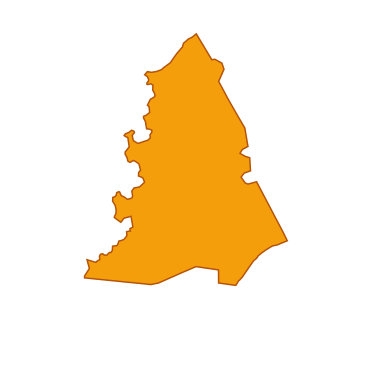 outline of Niamina West, Central River, Gambia, rotated 125°
{"feature_id": "56634734B81557661921178", "entity_name": "Niamina West", "entity_type": "district", "adm_level": 2, "iso_a3": "GMB", "parent_name": "Gambia", "parent_adm1": "Central River", "projection": "orthographic", "projection_center": [-15.252, 13.578], "detail": "fine", "context": "isolated", "style": "filled", "palette": "amber", "viewbox_px": 384, "rotation_deg": 125, "n_neighbors": 0, "source": "geoboundaries", "source_scale": "gbopen_adm2", "svg_char_len": 2826}
<svg xmlns="http://www.w3.org/2000/svg" viewBox="0 0 384 384"><g transform="rotate(125 192 192)"><path d="M307.4,238.2L307.7,239.1L313.5,232.2L322.4,231.8L324.0,230.8L313.3,211.7L301.3,190.3L297.7,183.9L294.7,178.6L294.3,177.9L291.6,172.9L291.5,172.7L289.7,171.0L285.7,167.2L264.5,154.4L250.9,146.0L249.6,143.5L240.6,125.6L251.3,118.0L243.4,102.6L243.6,102.5L243.4,102.5L237.8,102.9L237.0,102.5L232.9,102.0L220.7,102.1L213.1,102.1L209.7,101.2L208.0,101.0L206.3,101.2L201.8,99.9L196.9,98.2L193.5,96.7L190.1,95.2L186.2,91.6L183.7,90.1L177.5,86.1L177.3,86.0L172.8,94.1L147.4,143.4L147.2,143.9L146.6,144.9L147.1,145.4L147.6,145.8L150.1,147.9L153.4,150.7L154.1,153.5L152.7,157.5L151.7,160.3L146.6,160.1L141.1,156.2L141.0,156.3L130.8,164.4L132.3,168.9L132.7,173.7L132.7,173.8L132.8,174.9L129.1,175.1L128.6,175.1L128.3,175.1L122.5,172.3L122.4,172.5L109.3,185.4L103.4,198.3L100.7,204.0L96.7,212.5L95.9,214.2L93.4,219.2L91.3,223.3L86.4,233.1L86.1,233.6L73.1,236.2L69.5,241.2L69.3,241.4L70.2,249.5L72.3,251.7L71.6,253.2L60.0,279.2L60.7,279.4L65.1,280.7L68.9,282.8L71.0,283.2L75.1,284.3L76.0,283.9L78.7,283.0L80.4,283.2L87.5,283.9L95.0,283.9L98.6,283.9L105.4,286.2L107.3,286.8L109.2,287.1L113.5,290.1L115.2,291.8L117.1,293.7L117.8,295.0L118.5,296.6L119.0,297.6L119.3,297.6L123.1,298.0L123.1,294.6L124.8,292.0L126.3,291.3L128.4,291.5L129.5,290.9L129.3,289.8L127.3,288.1L126.9,287.0L126.9,285.3L131.2,282.5L131.6,281.5L132.7,279.3L133.5,278.4L134.6,277.4L135.0,277.4L136.5,277.6L139.9,279.3L146.5,278.3L146.7,276.2L147.8,275.2L151.2,272.3L155.5,273.6L157.8,275.1L159.1,274.2L159.8,272.9L161.0,270.6L166.3,265.4L165.1,263.3L164.4,260.3L166.3,259.2L169.3,259.2L171.5,257.3L172.3,257.3L174.9,257.9L183.2,264.1L183.6,269.5L180.0,273.4L179.2,273.4L178.1,273.4L176.6,273.1L175.5,274.4L176.0,276.8L179.8,278.1L182.6,280.0L184.7,280.0L184.7,279.3L184.7,278.5L184.3,275.7L191.1,269.3L197.5,269.7L199.1,268.6L199.4,268.4L200.9,265.2L203.5,262.2L203.4,260.2L202.4,259.2L200.0,258.3L199.4,256.2L199.4,251.7L203.6,246.7L206.6,246.9L209.6,245.0L208.8,241.8L208.8,240.1L211.1,236.6L212.0,236.6L217.9,237.9L222.0,241.8L225.8,241.8L229.4,238.3L230.9,237.9L231.6,237.9L235.0,240.5L235.0,245.0L235.4,246.9L235.4,248.2L233.5,251.2L233.7,252.1L235.6,253.3L236.7,252.9L238.6,252.1L240.5,252.7L241.8,253.8L245.0,251.8L246.7,248.0L247.2,247.1L249.7,244.3L253.1,242.0L255.3,241.7L257.4,241.1L257.6,237.4L257.6,232.9L252.5,232.7L246.9,228.0L252.3,222.6L254.4,220.5L255.2,220.5L257.6,221.8L258.0,221.6L259.3,220.1L260.6,221.6L262.1,222.8L264.0,221.1L265.3,220.3L269.9,220.5L272.7,222.4L274.0,223.7L274.4,223.7L277.4,222.8L278.7,222.6L279.5,223.3L281.9,226.0L285.7,223.7L288.1,223.7L288.9,225.0L292.6,225.6L294.0,227.7L293.8,229.7L295.3,231.2L297.7,231.0L300.2,228.8L303.6,230.3L304.8,230.4L307.4,238.2Z" fill="#f59e0b" stroke="#b45309" stroke-width="1.5"/></g></svg>